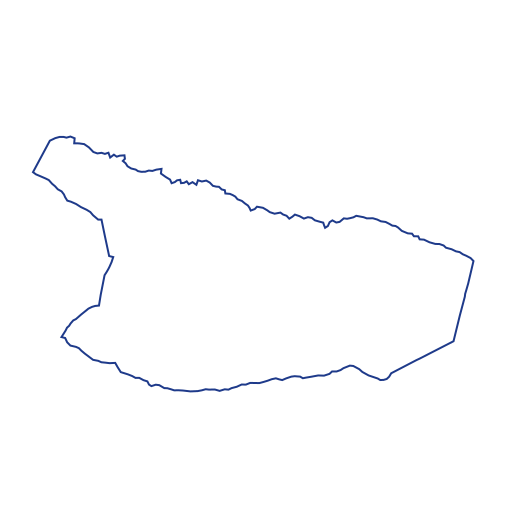 Cianorte, Paraná, Brazil (Albers equal-area conic projection), rotated 266°
{"feature_id": "56859067B27297856655617", "entity_name": "Cianorte", "entity_type": "district", "adm_level": 2, "iso_a3": "BRA", "parent_name": "Brazil", "parent_adm1": "Paraná", "projection": "albers", "projection_center": [-52.604, -23.737], "detail": "fine", "context": "isolated", "style": "outline", "palette": "blue", "viewbox_px": 512, "rotation_deg": 266, "n_neighbors": 0, "source": "geoboundaries", "source_scale": "gbopen_adm2", "svg_char_len": 3149}
<svg xmlns="http://www.w3.org/2000/svg" viewBox="0 0 512 512"><g transform="rotate(266 256 256)"><path d="M303.6,266.3L305.1,260.4L302.9,258.0L301.7,253.9L304.4,252.9L306.9,251.5L309.3,248.5L311.9,245.8L313.9,241.5L316.7,239.5L318.4,237.0L319.8,234.3L320.5,229.8L323.8,229.5L324.8,226.4L327.6,223.9L328.0,221.1L329.0,217.9L332.5,215.0L334.7,211.6L334.1,207.2L335.6,203.4L331.2,201.5L334.1,197.8L332.3,194.0L335.3,192.1L334.0,189.3L333.9,186.3L337.3,185.7L337.0,182.5L335.4,180.2L334.5,176.9L338.2,175.6L341.1,171.5L344.9,166.9L349.5,167.8L349.1,162.6L348.1,158.6L348.7,155.0L347.8,151.4L348.0,147.4L348.9,144.2L350.6,142.0L352.0,137.6L354.5,134.1L357.6,132.4L360.1,129.8L362.1,132.0L365.6,131.8L365.6,127.1L364.8,124.0L367.0,121.3L364.4,117.4L369.3,116.0L368.4,112.4L369.7,109.1L369.4,104.9L371.1,101.0L376.0,96.9L379.6,92.4L380.7,87.2L381.1,82.5L386.1,83.3L388.1,79.2L387.3,75.2L388.2,72.4L388.5,68.4L387.6,64.0L385.4,58.4L355.2,39.4L352.8,42.2L350.4,46.9L348.0,51.5L346.2,54.6L342.3,57.6L339.6,60.4L336.4,62.9L334.0,66.6L330.8,68.7L328.0,69.7L324.4,71.6L323.1,75.1L320.4,80.2L317.0,84.8L313.9,90.3L311.4,93.8L308.0,96.3L303.3,101.1L303.1,104.4L286.7,106.6L266.2,109.5L264.9,113.5L260.0,111.5L255.3,109.0L253.0,107.6L250.5,105.9L247.4,103.6L228.2,98.4L217.5,95.9L217.4,92.1L216.7,88.9L215.2,85.2L209.9,77.6L205.6,71.9L204.5,69.2L201.6,66.3L199.4,64.7L197.7,62.5L194.8,60.8L188.7,56.3L187.5,59.9L183.1,61.6L179.6,64.6L177.9,70.1L176.4,72.9L173.7,75.2L170.6,78.4L163.8,86.2L162.4,91.4L160.8,94.3L160.1,98.4L159.3,102.5L159.2,108.1L154.8,110.2L149.6,113.0L146.9,119.9L144.9,124.1L142.8,127.3L142.6,131.0L140.0,135.1L138.5,138.9L135.2,140.3L133.5,142.6L134.6,147.0L133.9,150.5L130.6,155.3L130.3,158.3L128.9,162.1L127.7,165.0L127.5,169.1L126.9,173.7L125.5,181.2L125.3,188.4L125.8,192.6L126.6,196.5L126.0,199.8L125.7,205.6L124.0,210.3L125.2,215.5L124.6,219.2L125.9,222.4L126.9,227.7L128.8,232.7L128.4,236.9L129.8,241.3L129.0,250.5L129.8,254.6L130.8,259.0L132.0,263.1L132.6,267.3L131.3,270.6L130.4,273.5L131.8,277.5L133.2,282.8L133.4,286.2L132.6,291.6L130.8,294.2L131.2,297.5L131.7,302.7L132.5,309.7L131.9,315.5L133.3,321.1L135.5,323.8L135.2,328.4L136.3,332.4L138.0,335.4L140.1,342.0L139.5,345.4L135.9,351.1L132.9,354.0L129.0,360.0L125.3,368.9L123.6,371.3L123.5,374.6L124.2,377.8L126.3,380.4L129.6,382.7L141.0,408.9L142.1,411.8L157.2,447.1L182.5,455.2L200.9,461.5L203.6,462.0L207.3,463.4L213.6,465.7L235.8,472.6L239.0,469.9L241.6,465.7L243.3,462.4L245.7,459.4L246.7,455.8L249.1,451.6L251.0,446.1L253.4,443.9L255.2,439.7L255.5,435.8L257.6,430.0L260.6,424.7L261.2,420.4L264.3,419.2L264.7,414.9L267.4,413.2L268.0,409.0L270.9,403.2L274.6,399.6L276.2,397.3L276.8,394.1L278.6,391.5L280.9,387.7L281.9,383.0L283.9,379.5L285.5,375.2L285.8,369.2L287.2,366.0L289.1,358.8L287.8,355.9L287.2,352.6L286.8,349.5L287.4,346.2L284.2,341.8L283.8,338.4L286.2,334.7L284.6,331.8L280.9,329.8L279.3,326.9L282.1,326.0L284.6,325.4L285.8,321.8L287.5,317.2L290.2,314.2L291.1,310.5L290.0,306.4L292.7,302.2L294.6,297.7L292.7,295.1L290.9,291.8L294.0,289.3L295.5,285.9L297.6,283.4L296.9,277.5L298.8,272.8L300.8,270.4L303.6,266.3Z" fill="none" stroke="#1e3a8a" stroke-width="2"/></g></svg>